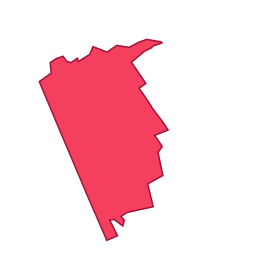 Franklin, Massachusetts, United States of America, rotated 245°
{"feature_id": "52423323B1749391597269", "entity_name": "Franklin", "entity_type": "district", "adm_level": 2, "iso_a3": "USA", "parent_name": "United States of America", "parent_adm1": "Massachusetts", "projection": "equal_earth", "projection_center": [-72.569, 42.522], "detail": "fine", "context": "isolated", "style": "filled", "palette": "rose", "viewbox_px": 256, "rotation_deg": 245, "n_neighbors": 0, "source": "geoboundaries", "source_scale": "gbopen_adm2", "svg_char_len": 789}
<svg xmlns="http://www.w3.org/2000/svg" viewBox="0 0 256 256"><g transform="rotate(245 128 128)"><path d="M46.0,117.6L69.0,122.2L70.3,139.6L93.2,144.9L96.8,151.2L110.1,149.1L109.2,163.5L117.5,162.3L136.8,158.2L138.0,158.3L146.7,157.0L159.4,154.9L160.8,163.0L186.2,158.9L190.6,175.5L190.8,183.4L191.8,185.0L190.7,194.7L192.0,194.5L200.4,182.4L201.2,173.7L200.6,163.2L207.6,152.7L205.7,141.0L216.6,130.6L210.9,124.5L209.2,111.1L212.7,111.6L211.3,104.0L214.2,100.7L220.5,99.4L221.2,92.4L220.1,85.1L210.2,81.6L207.6,67.2L206.9,67.2L197.5,66.8L177.5,66.0L168.4,65.7L166.6,65.6L153.1,65.1L113.6,63.7L89.1,62.8L84.9,62.6L67.7,62.2L56.7,61.9L35.1,61.3L34.8,73.0L52.3,72.5L51.0,76.7L41.4,81.9L46.0,85.7L50.9,84.2L51.8,91.7L46.0,117.6Z" fill="#f43f5e" stroke="#9f1239" stroke-width="1.5"/></g></svg>